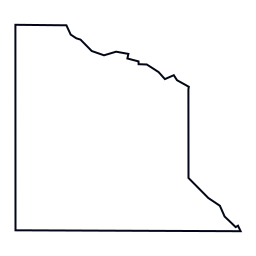 outline of Van Zandt, Texas, United States of America
{"feature_id": "52423323B97041282112733", "entity_name": "Van Zandt", "entity_type": "district", "adm_level": 2, "iso_a3": "USA", "parent_name": "United States of America", "parent_adm1": "Texas", "projection": "robinson", "projection_center": [-95.727, 32.597], "detail": "fine", "context": "isolated", "style": "outline", "palette": "ink", "viewbox_px": 256, "rotation_deg": 0, "n_neighbors": 0, "source": "geoboundaries", "source_scale": "gbopen_adm2", "svg_char_len": 436}
<svg xmlns="http://www.w3.org/2000/svg" viewBox="0 0 256 256"><path d="M15.5,230.3L240.6,231.2L238.0,225.7L235.7,227.1L224.6,216.5L219.9,205.8L208.3,198.0L188.5,178.0L188.4,89.5L188.8,86.8L177.0,80.2L173.8,75.2L164.9,79.1L158.6,72.1L146.8,64.5L138.6,64.2L138.5,61.4L127.4,58.5L128.4,53.9L116.1,51.7L104.0,55.3L91.7,51.0L80.5,39.6L76.3,38.3L70.7,34.6L66.4,25.3L15.4,24.8L15.5,230.3Z" fill="none" stroke="#020617" stroke-width="2"/></svg>